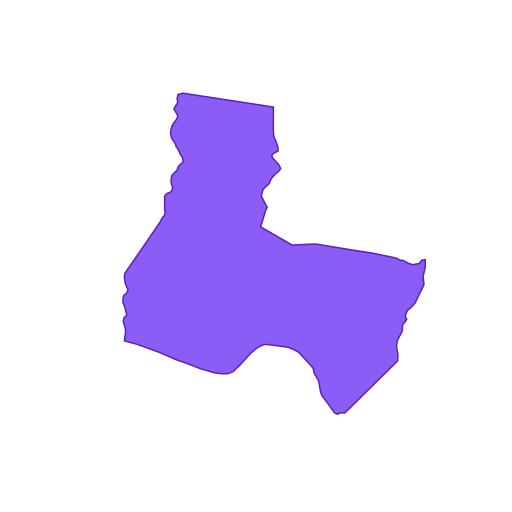 the district of Traipu, Alagoas, Brazil, rotated 337°
{"feature_id": "56859067B41834380082036", "entity_name": "Traipu", "entity_type": "district", "adm_level": 2, "iso_a3": "BRA", "parent_name": "Brazil", "parent_adm1": "Alagoas", "projection": "orthographic", "projection_center": [-36.97, -9.885], "detail": "fine", "context": "isolated", "style": "filled", "palette": "violet", "viewbox_px": 512, "rotation_deg": 337, "n_neighbors": 0, "source": "geoboundaries", "source_scale": "gbopen_adm2", "svg_char_len": 2058}
<svg xmlns="http://www.w3.org/2000/svg" viewBox="0 0 512 512"><g transform="rotate(337 256 256)"><path d="M184.5,184.2L181.1,187.2L160.6,200.3L154.2,204.4L131.5,218.8L128.1,221.1L126.4,224.6L125.1,229.3L124.9,233.3L124.9,237.4L121.7,240.0L119.1,240.5L117.3,242.8L115.4,246.5L115.3,252.4L114.5,255.9L114.0,260.0L110.6,261.1L108.3,264.1L107.9,267.2L107.5,271.5L105.8,276.0L104.2,278.4L101.7,282.7L111.8,290.6L129.0,306.6L142.3,320.6L150.7,328.1L155.2,332.5L160.0,337.3L163.3,340.1L167.2,343.2L172.1,347.3L178.6,351.1L183.7,353.2L189.6,353.5L196.8,350.8L199.9,349.5L212.2,343.8L219.4,341.4L224.2,340.6L229.2,340.7L232.9,342.5L249.7,352.4L254.3,357.0L257.7,361.4L262.5,374.7L263.4,377.5L264.7,381.8L263.8,386.2L264.8,395.7L262.2,406.7L262.2,411.0L264.4,419.3L266.9,430.7L269.1,433.5L271.9,433.2L276.4,435.2L345.4,407.9L348.1,402.2L349.0,397.8L350.3,393.7L352.6,389.6L355.2,387.2L358.5,384.6L361.4,382.2L363.9,376.8L367.5,374.8L369.9,373.4L370.0,369.2L374.1,365.3L377.6,364.3L383.7,361.7L388.1,357.9L393.4,353.2L396.3,350.9L399.7,347.5L401.6,340.4L407.3,332.7L410.3,325.5L406.9,324.7L403.3,326.6L397.0,325.3L393.6,322.5L390.0,317.8L386.7,315.9L385.0,313.4L382.9,311.7L367.1,300.8L364.9,299.3L361.3,297.0L346.0,287.5L315.5,268.2L306.2,264.7L293.6,260.1L271.6,231.0L283.3,217.2L285.3,215.5L284.3,203.0L288.5,197.4L296.6,194.4L300.1,190.9L304.6,188.5L309.6,187.1L312.9,185.1L312.6,180.7L309.5,171.7L310.2,169.0L313.5,168.3L317.4,168.0L318.7,164.4L319.2,158.1L319.0,154.4L319.7,150.7L322.9,142.6L326.3,134.9L330.2,125.7L252.4,77.6L247.4,76.8L244.8,80.5L243.8,84.3L240.4,86.5L237.9,88.7L238.5,92.8L238.7,96.9L235.6,99.6L232.5,101.2L229.5,103.4L226.6,107.2L224.9,110.7L224.4,114.2L225.0,117.9L225.6,120.7L225.2,123.8L225.9,126.6L226.0,129.8L226.1,132.9L226.8,136.8L225.6,141.2L221.9,142.1L219.2,143.5L216.8,146.2L213.0,147.7L210.2,148.9L207.9,152.1L206.3,156.0L206.2,160.0L204.3,162.8L201.8,163.8L198.6,163.6L195.2,165.2L194.2,168.0L192.9,170.7L191.5,174.3L190.0,177.5L189.6,180.2L187.1,183.2L184.5,184.2Z" fill="#8b5cf6" stroke="#5b21b6" stroke-width="1.5"/></g></svg>